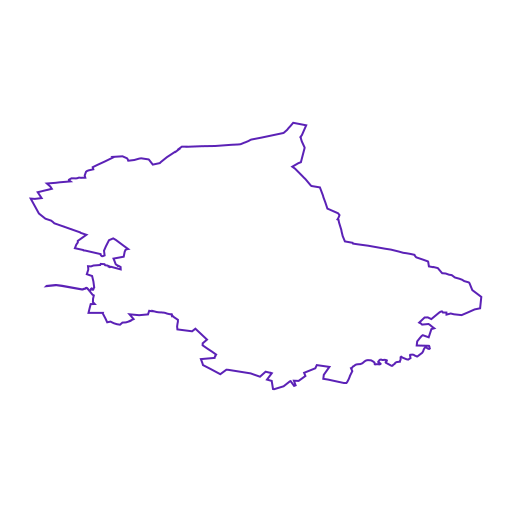 outline of Bārbeles pag., Vecumnieku, Latvia
{"feature_id": "27541924B85355894177971", "entity_name": "Bārbeles pag.", "entity_type": "district", "adm_level": 2, "iso_a3": "LVA", "parent_name": "Latvia", "parent_adm1": "Vecumnieku", "projection": "natural_earth1", "projection_center": [24.603, 56.465], "detail": "fine", "context": "isolated", "style": "outline", "palette": "violet", "viewbox_px": 512, "rotation_deg": 0, "n_neighbors": 0, "source": "geoboundaries", "source_scale": "gbopen_adm2", "svg_char_len": 5888}
<svg xmlns="http://www.w3.org/2000/svg" viewBox="0 0 512 512"><path d="M374.8,364.3L375.4,364.4L376.7,364.2L377.5,364.2L379.5,364.4L380.2,364.2L380.5,364.0L380.6,363.9L380.6,363.7L380.3,363.4L378.8,362.5L378.4,362.2L378.2,362.0L378.2,361.8L378.3,361.6L379.0,360.9L379.4,360.2L379.9,359.8L380.6,359.6L381.3,359.6L382.0,359.9L382.4,360.0L383.0,360.0L384.6,359.8L385.7,360.0L386.8,360.3L386.9,360.5L386.7,361.0L385.7,362.0L385.6,362.3L385.8,362.7L391.5,365.8L392.1,365.8L392.5,365.7L393.0,365.0L393.1,364.9L394.6,363.9L395.0,363.4L395.3,362.8L396.6,362.1L398.0,361.9L399.9,361.7L399.9,361.1L400.6,359.6L400.6,357.2L401.2,356.7L402.5,357.6L406.6,359.3L408.2,359.6L410.5,358.1L410.0,355.1L410.2,354.8L412.3,354.6L413.6,354.8L415.0,355.7L415.3,355.8L415.8,355.9L416.5,356.4L417.3,356.5L422.2,352.8L423.2,351.2L423.4,350.4L423.8,349.4L424.2,348.6L424.5,348.1L425.1,347.5L425.6,347.3L425.9,347.4L426.4,347.6L427.9,348.6L429.1,349.0L429.3,348.9L429.8,348.5L429.6,348.0L429.5,347.0L429.4,346.7L429.1,345.9L428.9,345.8L416.7,345.5L417.2,341.4L419.8,338.1L421.8,335.8L422.1,335.7L422.8,335.2L428.7,337.3L431.4,329.1L434.2,328.3L432.2,326.8L429.8,324.8L428.5,324.0L422.1,324.6L420.9,323.5L419.2,322.6L424.6,317.5L427.8,317.4L431.3,319.1L439.3,312.5L440.4,311.8L441.7,311.4L442.2,311.5L442.9,312.5L446.4,312.5L446.5,314.6L450.7,313.5L454.0,314.3L461.6,315.1L467.7,312.5L474.7,309.4L480.1,308.3L481.3,296.9L472.3,290.1L469.5,283.2L468.8,282.4L464.2,281.1L462.2,279.8L459.6,278.8L454.9,277.5L451.7,275.1L449.0,274.7L445.7,273.5L442.2,273.2L441.7,272.7L437.8,268.1L433.4,267.0L433.0,267.2L432.8,267.1L428.9,266.4L428.2,261.9L427.9,261.4L422.9,259.6L416.4,257.4L415.7,256.8L414.4,255.0L414.4,254.8L410.8,254.0L406.3,253.2L403.2,252.8L399.0,251.6L390.9,249.6L385.0,248.7L368.1,245.7L357.7,244.3L353.0,243.6L352.6,242.8L344.9,241.4L342.7,236.1L341.6,231.6L341.3,229.9L339.0,222.4L338.5,219.8L337.5,219.4L338.4,217.9L338.7,217.2L339.5,215.1L338.1,213.3L327.4,208.6L325.3,202.3L323.4,197.2L323.0,195.6L319.9,187.4L311.5,186.0L310.8,185.5L305.6,179.3L304.2,177.9L303.9,177.7L303.2,176.9L295.1,168.7L292.3,166.7L298.3,163.2L300.9,162.2L304.6,148.0L304.6,147.5L301.8,141.4L300.9,138.5L300.8,137.5L300.4,137.1L301.9,135.1L306.2,125.3L293.2,122.8L290.3,126.2L288.6,128.0L287.1,129.9L283.9,132.7L283.4,133.0L261.5,137.6L251.6,139.5L250.6,139.8L248.5,141.0L245.4,142.3L244.2,142.7L240.9,144.1L240.0,144.3L237.6,144.5L231.3,144.8L215.1,146.0L201.8,146.2L186.6,146.8L186.6,146.7L181.8,146.7L178.7,149.0L179.1,149.2L175.4,152.0L175.1,151.8L170.4,154.9L167.0,157.1L160.9,162.0L159.8,163.1L152.8,164.6L148.9,159.6L148.5,159.4L141.2,158.3L139.2,158.6L134.3,160.0L128.5,160.7L128.2,160.7L127.8,159.4L127.0,158.3L126.8,158.2L122.5,156.3L112.7,156.9L113.2,157.4L104.8,161.5L97.4,164.9L92.7,167.2L93.3,169.3L88.5,170.4L87.0,171.0L86.0,171.8L84.7,175.5L85.3,177.7L80.8,177.8L79.0,177.6L77.3,178.2L76.0,178.4L71.5,178.3L69.5,179.4L68.9,179.8L68.9,180.2L70.5,181.4L59.7,182.3L55.8,182.8L46.9,183.5L50.3,186.5L51.8,188.8L37.7,192.2L41.6,198.1L34.8,198.9L30.7,198.6L38.9,213.5L45.4,218.7L51.1,220.6L52.7,221.8L54.3,223.3L80.2,232.4L80.5,232.8L86.4,234.8L77.8,240.9L77.8,242.5L76.3,244.6L74.9,248.2L83.2,250.0L83.5,250.4L85.4,250.6L100.6,254.1L100.8,255.2L101.8,256.1L102.7,256.2L104.6,255.4L104.0,250.7L105.9,246.3L109.0,240.2L113.2,238.4L115.8,239.9L123.7,245.8L128.1,249.0L126.9,249.2L125.5,249.9L124.7,251.7L123.7,256.7L113.5,258.6L114.5,261.0L115.6,264.0L115.8,264.2L116.1,264.6L117.3,265.3L117.6,265.7L117.9,266.0L118.5,265.8L120.6,267.0L120.7,269.4L111.1,266.8L109.8,267.2L109.6,267.1L110.3,266.8L107.3,265.5L106.1,265.4L105.1,265.2L104.5,264.2L100.7,263.9L100.2,265.0L93.5,265.5L91.0,266.4L88.0,266.2L88.3,269.2L88.1,270.2L86.8,274.2L92.1,276.0L93.4,281.5L94.2,287.5L93.9,287.8L93.6,288.6L93.3,288.7L93.1,289.0L93.3,289.5L93.2,289.7L92.9,289.8L92.7,289.6L92.2,288.8L92.0,288.6L91.6,288.4L91.0,288.9L90.9,289.8L90.7,290.0L90.2,290.3L89.8,290.4L89.3,290.3L87.0,288.0L86.3,287.8L85.7,288.0L85.4,288.3L84.9,288.6L83.5,288.9L83.2,289.0L82.8,289.3L81.8,289.3L62.0,285.7L56.3,285.0L55.4,285.0L46.7,285.9L46.5,286.0L46.3,286.2L56.3,285.2L62.0,286.0L81.8,289.5L82.9,289.5L83.4,289.1L85.0,288.8L85.3,288.7L85.6,288.4L85.8,288.1L86.0,288.0L86.3,288.0L86.8,288.1L89.0,290.2L89.1,290.5L89.8,290.5L90.1,291.7L92.5,294.7L93.8,295.4L93.0,299.0L93.0,300.3L92.9,302.1L94.7,304.0L90.7,304.1L89.6,308.3L88.5,312.9L102.7,312.9L102.6,313.1L105.5,318.6L107.2,322.3L110.5,321.6L112.7,322.7L114.0,323.3L116.9,324.2L120.0,324.7L122.2,322.8L122.4,322.6L125.9,322.4L129.5,321.3L130.0,321.1L129.8,320.9L133.6,319.1L129.5,314.3L139.1,315.2L148.0,314.4L149.2,310.8L150.8,311.1L153.3,311.3L153.2,311.1L156.6,312.0L158.7,312.3L160.2,312.4L161.5,312.4L162.8,312.6L163.7,312.6L165.2,312.9L167.1,313.6L169.3,314.1L170.9,314.3L171.7,314.2L172.0,314.9L172.0,316.0L171.2,316.5L172.8,316.1L174.0,317.2L177.9,319.8L177.9,321.7L177.5,323.7L177.1,326.5L177.4,329.4L192.1,331.3L195.4,328.7L207.0,339.6L202.7,343.3L202.6,345.3L207.5,348.7L211.8,351.5L215.9,354.4L215.6,354.6L215.5,355.1L215.7,355.6L215.1,356.2L215.1,356.5L214.8,356.9L214.7,357.3L214.6,357.9L200.9,359.1L202.4,363.1L203.0,365.1L210.6,369.0L220.3,374.2L226.4,369.7L228.1,369.8L250.7,373.4L253.7,374.5L260.0,376.7L265.6,371.7L270.2,372.8L270.4,372.7L271.8,373.2L267.0,379.6L271.7,380.9L273.0,389.0L274.1,389.2L283.6,386.3L289.8,381.4L290.6,381.1L294.1,385.9L295.6,385.3L293.9,380.7L298.6,380.9L305.4,376.0L304.1,372.8L315.3,368.3L316.8,365.1L329.4,366.9L323.8,374.8L323.3,378.8L328.2,379.6L343.8,383.0L346.4,383.0L347.2,382.0L348.7,379.2L349.8,376.5L349.8,376.2L352.3,371.1L351.0,368.2L352.1,367.8L352.6,366.9L353.1,366.4L353.8,366.1L355.5,364.8L356.7,364.4L358.3,364.2L360.3,364.1L362.1,363.4L363.2,362.6L364.2,361.7L365.6,360.7L366.7,360.3L368.0,360.1L370.5,360.3L371.2,360.4L372.8,361.3L373.6,361.8L374.5,362.6L374.6,363.1L374.7,364.2L374.8,364.3Z" fill="none" stroke="#5b21b6" stroke-width="2"/></svg>